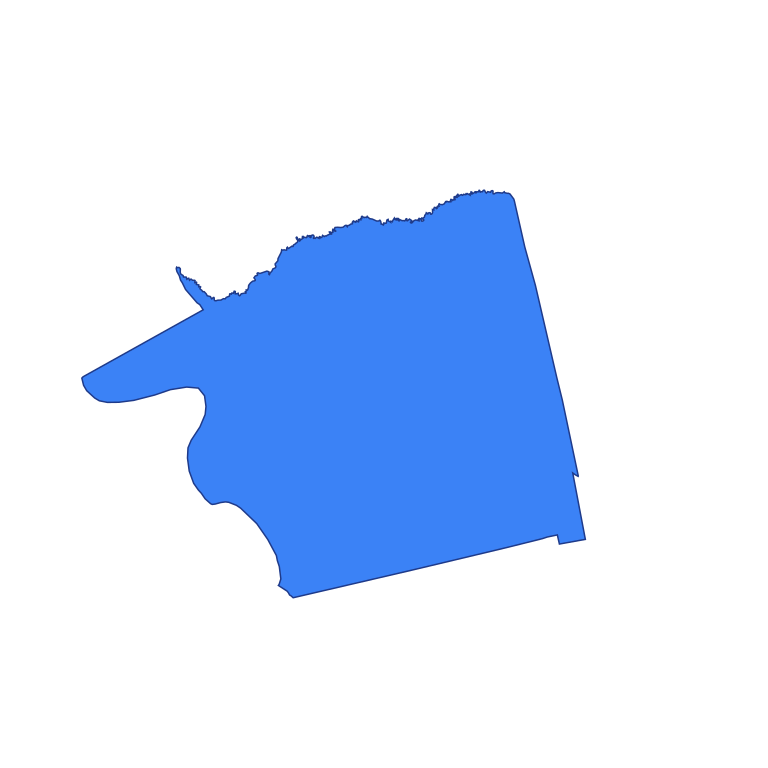 outline of San Pedro, Buenos Aires, Argentina, rotated 214°
{"feature_id": "61730980B44314370056359", "entity_name": "San Pedro", "entity_type": "district", "adm_level": 2, "iso_a3": "ARG", "parent_name": "Argentina", "parent_adm1": "Buenos Aires", "projection": "orthographic", "projection_center": [-59.651, -33.797], "detail": "fine", "context": "isolated", "style": "filled", "palette": "blue", "viewbox_px": 768, "rotation_deg": 214, "n_neighbors": 0, "source": "geoboundaries", "source_scale": "gbopen_adm2", "svg_char_len": 6171}
<svg xmlns="http://www.w3.org/2000/svg" viewBox="0 0 768 768"><g transform="rotate(214 384 384)"><path d="M171.4,416.0L171.5,416.4L227.2,470.4L244.3,485.9L313.6,550.4L344.0,576.4L378.0,608.4L379.8,609.9L385.8,612.0L387.5,611.7L388.5,611.0L390.9,610.1L391.8,610.6L392.6,608.5L396.6,606.4L398.2,604.9L399.1,603.1L400.0,602.8L401.0,604.0L401.3,604.7L401.8,605.0L402.5,604.8L403.1,603.9L402.9,602.5L405.6,601.5L405.9,599.5L406.8,599.6L409.0,600.8L409.6,600.5L410.0,599.8L409.9,598.5L411.1,597.6L411.3,597.0L412.0,597.0L412.9,597.9L413.3,597.9L413.5,597.7L413.1,596.2L414.5,595.3L414.5,594.0L414.8,593.8L415.6,594.6L416.0,594.3L416.4,592.4L416.7,591.8L417.2,591.7L418.5,592.2L419.3,592.0L419.3,591.6L418.8,591.1L417.7,591.1L417.4,590.6L419.2,589.7L419.3,589.4L418.4,588.7L421.6,588.4L421.6,587.5L422.4,587.5L422.3,586.7L422.6,586.3L424.1,585.8L424.3,584.4L424.8,584.2L425.6,584.4L426.2,583.7L426.9,582.6L427.0,581.5L427.7,581.5L428.6,582.6L429.0,582.5L429.1,580.3L428.6,579.8L427.7,579.9L427.7,579.6L428.3,579.3L429.2,579.3L429.4,578.2L430.1,578.9L430.5,578.3L429.6,576.9L428.3,577.0L428.2,576.4L429.5,575.5L429.7,574.6L430.8,574.9L431.8,574.4L431.4,573.1L430.6,573.1L430.4,572.5L432.5,571.0L434.1,570.6L434.3,569.6L434.9,569.6L434.8,567.1L435.8,565.4L438.1,564.1L439.0,564.3L439.1,564.0L438.6,562.7L437.9,562.2L438.7,561.8L439.0,561.3L438.4,560.7L439.2,560.0L439.3,559.6L438.3,559.2L438.5,558.8L440.2,559.0L441.0,558.6L440.7,556.9L440.1,556.2L441.4,555.8L439.6,553.3L439.4,552.4L439.5,551.6L439.8,551.1L440.3,550.9L441.3,551.7L441.9,551.6L443.0,550.5L442.7,549.6L442.9,549.4L444.7,549.6L444.3,548.2L444.5,546.7L443.8,544.8L444.4,543.3L445.5,542.7L445.2,542.3L443.0,542.4L442.6,542.0L442.7,541.3L443.5,540.2L444.1,540.1L445.8,541.6L446.4,541.3L446.7,540.7L447.5,540.9L447.6,539.5L446.4,539.3L446.1,538.9L449.5,537.7L450.5,536.2L450.9,533.3L451.5,532.6L452.4,532.7L452.5,533.2L452.0,534.5L452.3,535.0L455.1,535.0L455.8,532.5L456.1,532.2L456.8,532.4L457.3,533.6L457.8,533.6L458.1,533.2L457.9,531.1L458.0,530.8L459.0,530.5L460.4,529.5L463.0,529.1L462.7,528.3L462.7,527.6L463.7,527.6L464.1,528.9L464.5,529.2L465.0,529.1L465.3,527.1L465.6,527.1L466.2,528.2L466.6,527.9L466.3,526.7L466.5,526.5L467.3,526.6L468.2,527.3L468.1,523.8L467.8,523.2L469.5,522.8L469.6,522.5L469.0,521.8L470.2,521.9L471.1,521.6L471.8,521.8L472.6,522.8L473.2,522.0L473.2,521.4L472.1,518.7L472.6,518.1L474.2,517.4L473.4,515.9L473.5,515.4L475.2,515.5L475.7,515.0L477.7,517.0L478.9,517.5L479.3,517.2L479.4,516.3L481.2,515.0L485.9,514.2L488.5,513.0L490.2,513.4L490.9,513.1L491.7,513.5L491.7,512.2L493.1,511.6L493.5,510.8L496.0,510.8L496.2,510.1L495.1,508.9L495.8,508.5L495.9,508.0L495.1,507.6L494.9,507.2L496.7,506.4L497.0,506.0L496.1,505.2L495.8,504.2L496.0,504.0L497.9,504.1L498.1,503.6L497.8,502.6L497.9,502.3L498.8,502.5L499.5,501.7L500.1,502.2L500.6,502.1L500.7,500.3L499.8,499.2L501.1,497.8L501.5,496.3L502.6,495.0L502.4,493.8L502.9,493.9L503.5,494.6L504.3,494.3L504.9,493.5L505.6,491.1L507.3,489.6L510.1,488.0L512.1,486.4L512.1,485.8L511.5,484.5L511.0,484.0L509.6,483.8L509.7,483.5L511.1,483.2L512.1,484.0L512.9,483.8L512.7,482.8L511.8,482.0L511.2,481.0L511.6,480.5L513.9,479.9L514.3,479.4L513.4,479.0L511.9,479.4L511.4,478.9L512.8,477.9L514.2,475.6L514.6,474.4L515.6,473.9L516.0,472.8L518.0,472.9L517.6,470.7L518.7,469.8L518.7,469.0L518.9,469.1L519.4,470.3L519.9,470.1L519.9,468.3L521.7,468.2L522.0,468.0L522.5,466.2L523.4,466.1L523.8,465.4L524.1,465.5L524.2,466.7L524.6,467.4L525.7,467.9L526.4,467.7L527.4,466.4L526.6,464.9L526.7,464.4L527.4,464.2L528.5,465.4L529.0,465.1L529.2,464.2L530.3,464.4L530.5,463.6L530.0,462.4L530.4,461.7L532.0,461.3L532.7,459.6L533.5,461.1L534.1,460.7L533.2,459.0L533.1,458.2L533.6,457.3L535.1,457.2L535.3,456.8L533.7,456.0L534.0,455.3L535.2,455.8L536.3,455.7L538.0,457.0L538.6,456.9L538.7,456.3L537.8,455.5L535.8,454.8L535.2,453.9L535.2,452.7L535.8,451.4L535.8,450.7L536.7,448.8L536.7,448.1L536.3,447.4L536.4,447.0L537.4,446.8L538.9,443.0L539.2,442.9L540.6,443.4L540.7,442.4L539.6,440.7L539.9,440.2L541.8,439.4L542.9,438.3L543.9,438.1L542.9,435.9L542.0,428.7L540.9,426.8L541.4,422.7L540.7,421.8L539.5,421.2L539.0,420.1L539.2,419.3L540.5,417.2L540.1,415.3L540.5,411.9L540.1,410.6L540.7,410.5L542.2,412.7L544.2,412.1L548.3,406.7L549.2,406.0L550.2,405.9L551.0,405.3L551.0,404.6L549.8,403.8L549.8,403.2L551.1,401.6L551.2,399.3L549.2,398.6L548.7,397.8L548.9,397.3L550.4,395.8L551.2,393.2L551.4,390.7L551.1,389.4L550.4,388.5L549.7,385.9L549.8,385.4L550.8,385.0L550.1,384.1L550.6,383.0L549.4,382.5L549.3,382.0L550.4,381.4L552.7,379.1L552.9,378.2L552.8,376.9L553.2,376.3L554.5,376.5L555.6,377.7L557.2,375.9L557.8,375.6L559.0,377.5L559.5,377.5L560.1,377.1L559.6,375.0L561.0,374.4L560.8,373.2L561.8,372.9L562.3,372.4L561.3,370.4L563.2,367.6L563.3,365.8L564.9,364.9L566.1,362.4L568.7,360.5L569.8,359.1L570.8,358.5L571.8,358.8L572.9,360.4L573.5,360.6L573.9,360.2L574.3,358.4L574.5,358.2L576.8,359.4L579.9,358.3L581.7,359.3L584.7,360.0L586.0,359.2L587.4,359.8L589.4,359.9L590.1,360.4L590.3,361.9L591.1,361.9L592.0,361.0L593.0,362.6L595.2,361.6L596.2,363.5L596.6,363.5L597.4,362.2L597.7,362.4L598.5,364.1L599.0,364.1L600.8,362.9L602.6,363.1L602.9,362.7L603.2,361.3L605.0,362.5L605.5,362.1L606.0,360.6L607.8,362.0L610.1,360.6L611.2,361.6L613.6,361.5L614.4,361.8L615.4,362.7L617.1,365.4L617.6,365.8L619.2,366.0L620.3,364.9L621.2,365.0L621.0,363.9L620.5,363.2L618.5,361.4L614.3,359.3L610.7,356.3L607.8,355.1L601.4,351.4L584.4,346.8L581.1,346.8L575.4,344.4L637.5,221.8L637.8,219.9L632.3,214.9L626.7,212.2L616.0,210.6L610.6,210.9L603.0,214.1L593.6,220.6L582.3,230.5L567.9,246.7L557.9,259.9L545.9,271.1L535.6,276.8L526.2,273.9L519.0,265.8L515.2,258.7L512.6,245.6L512.4,229.6L510.8,221.5L505.5,212.7L496.8,202.9L486.2,195.2L478.6,192.3L474.4,191.3L468.1,188.8L460.8,187.8L459.1,188.1L456.8,190.1L453.1,194.4L449.5,197.6L446.6,199.1L438.5,200.9L433.5,200.9L411.4,197.1L393.4,190.1L377.3,181.6L373.6,177.9L368.7,174.1L360.5,164.7L358.9,159.3L358.9,157.9L348.5,158.1L346.6,157.5L344.3,156.3L342.6,156.4L339.8,156.0L255.2,247.0L190.3,317.6L166.1,344.5L163.1,348.4L155.9,355.8L149.1,349.4L130.2,367.8L177.8,415.8L174.7,415.7L171.4,416.0Z" fill="#3b82f6" stroke="#1e3a8a" stroke-width="1.5"/></g></svg>